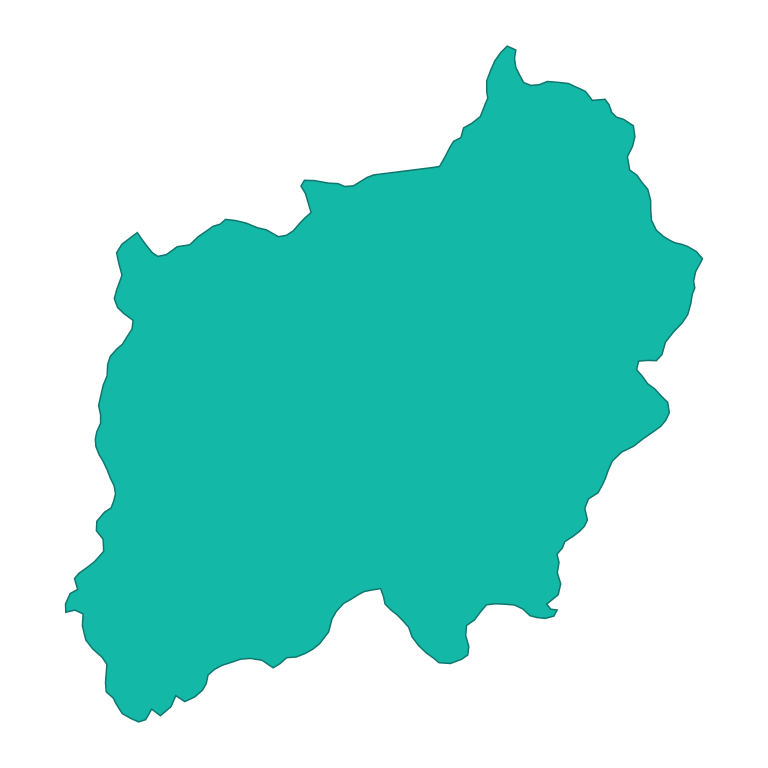 Limeira, São Paulo, Brazil
{"feature_id": "56859067B82749177744727", "entity_name": "Limeira", "entity_type": "district", "adm_level": 2, "iso_a3": "BRA", "parent_name": "Brazil", "parent_adm1": "São Paulo", "projection": "albers", "projection_center": [-47.363, -22.592], "detail": "fine", "context": "isolated", "style": "filled", "palette": "teal", "viewbox_px": 768, "rotation_deg": 0, "n_neighbors": 0, "source": "geoboundaries", "source_scale": "gbopen_adm2", "svg_char_len": 3176}
<svg xmlns="http://www.w3.org/2000/svg" viewBox="0 0 768 768"><path d="M562.3,548.1L564.8,541.7L573.6,535.9L579.8,531.1L584.4,526.3L587.4,520.0L584.8,508.2L588.5,498.9L598.1,492.7L602.8,484.1L605.6,477.8L608.2,470.3L612.2,461.2L621.6,452.1L633.8,446.1L642.9,438.9L654.5,430.9L660.9,426.2L665.6,420.5L669.3,412.8L667.7,402.4L661.7,396.5L654.7,388.9L647.7,383.8L642.0,375.9L636.6,369.7L638.6,361.1L648.3,360.4L656.3,360.7L662.0,354.5L665.4,342.3L673.5,332.0L682.1,323.0L687.8,314.4L690.9,303.1L692.2,294.5L694.8,287.9L693.6,281.2L695.6,271.7L699.5,264.5L702.5,258.7L696.5,251.7L687.3,246.3L681.3,244.2L674.9,242.8L669.4,240.1L663.2,236.3L656.4,230.3L651.5,220.3L650.8,211.2L650.6,200.3L647.8,189.4L641.5,181.8L637.0,175.3L629.7,170.0L627.4,156.6L632.5,146.4L634.9,136.7L633.4,125.8L623.5,119.3L616.4,117.1L611.7,112.4L609.1,104.8L605.0,99.3L592.4,100.4L585.4,91.4L575.3,86.7L568.6,83.5L557.6,82.3L547.3,81.5L539.2,84.7L530.9,85.4L523.7,82.6L519.8,75.4L515.8,67.4L514.5,58.4L515.8,50.0L507.2,46.1L500.7,52.6L494.8,60.9L490.4,71.0L486.7,80.9L486.7,91.6L487.8,98.1L485.0,104.7L480.3,116.6L472.0,123.2L463.6,127.9L460.9,137.6L453.6,141.3L450.2,146.8L444.6,157.6L439.5,166.5L432.1,167.6L373.7,174.9L367.0,177.5L353.5,185.8L344.9,186.5L337.9,183.6L328.3,183.1L314.5,180.6L304.4,180.3L301.0,186.1L305.5,193.7L311.1,212.5L304.8,218.0L299.7,223.3L293.4,230.7L286.5,235.3L278.4,236.7L266.3,229.8L257.3,227.7L246.2,223.1L235.3,220.5L225.5,219.4L220.3,224.1L213.1,226.3L207.5,230.3L197.9,236.9L189.8,244.8L177.2,246.7L166.4,254.6L157.8,256.4L152.3,252.7L147.0,246.2L142.0,239.5L137.3,232.6L127.3,240.1L121.9,244.2L116.6,252.9L119.0,264.0L122.0,275.2L119.0,283.5L116.6,290.1L114.3,298.7L117.6,307.5L124.0,313.7L133.1,320.4L132.0,329.2L127.0,336.8L122.4,344.3L117.0,348.8L110.3,356.3L107.6,364.6L107.1,375.9L103.3,384.9L100.7,396.1L98.6,405.5L100.6,414.9L100.6,423.3L96.7,432.0L95.3,439.5L95.9,446.5L99.1,454.7L103.1,461.2L107.2,469.9L110.4,478.3L114.1,485.6L115.5,493.9L113.8,500.8L111.1,507.9L104.5,512.2L96.8,521.3L96.4,530.7L103.1,539.2L103.7,551.3L94.7,561.5L86.8,567.7L79.1,573.1L74.5,578.6L77.7,589.4L70.2,593.5L65.5,603.9L65.8,612.3L74.9,610.1L83.1,613.9L82.4,625.9L85.8,640.0L92.6,648.8L102.2,657.4L106.9,664.4L105.5,682.5L106.2,691.8L113.2,698.0L116.3,704.2L122.3,713.6L130.9,718.5L138.6,721.9L145.6,719.7L151.7,709.1L160.4,715.7L171.0,706.7L175.8,695.7L184.8,701.6L194.8,696.9L202.4,690.3L206.3,683.5L208.0,675.1L214.4,669.4L222.1,665.3L232.1,662.1L240.5,659.2L250.2,658.4L261.9,660.2L273.2,667.8L280.2,663.5L286.6,657.7L296.2,657.0L305.6,653.3L312.9,649.1L319.5,643.8L328.6,632.0L332.0,619.0L336.3,611.4L343.6,603.4L351.4,599.0L358.9,594.3L364.4,591.5L372.0,590.0L380.6,588.6L383.4,596.2L385.1,604.1L391.3,610.3L397.4,615.1L403.7,621.6L408.7,627.3L412.0,636.8L418.8,645.8L426.4,653.0L433.5,658.1L439.0,662.7L450.5,663.5L461.8,659.2L467.8,654.9L468.8,646.5L465.7,635.5L466.5,625.5L474.4,620.0L481.2,611.0L486.5,604.8L494.9,603.8L505.2,604.2L514.3,605.0L522.8,608.9L530.0,615.7L536.9,617.5L545.2,618.4L553.9,616.1L557.1,610.0L550.7,609.2L546.7,604.1L558.2,594.7L560.7,583.8L557.3,572.7L559.0,562.5L557.0,554.2L562.3,548.1Z" fill="#14b8a6" stroke="#0f766e" stroke-width="1.5"/></svg>